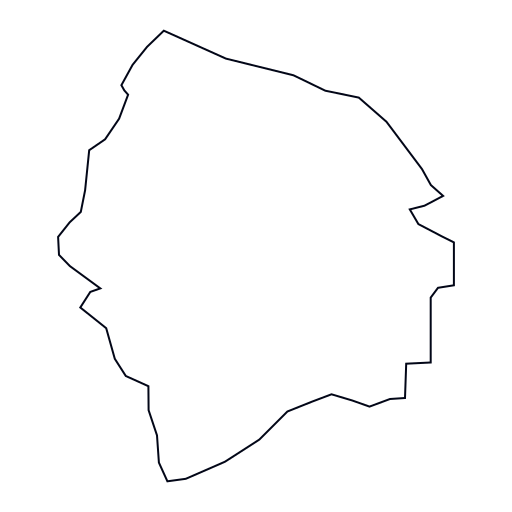 an SVG outline of Kyenjojo
{"feature_id": "UGA-3107", "entity_name": "Kyenjojo", "entity_type": "District", "adm_level": 1, "iso_a3": "UGA", "parent_name": "Uganda", "parent_adm1": "", "projection": "albers", "projection_center": [30.656, 0.613], "detail": "fine", "context": "isolated", "style": "outline", "palette": "ink", "viewbox_px": 512, "rotation_deg": 0, "n_neighbors": 0, "source": "natural_earth", "source_scale": "10m", "svg_char_len": 768}
<svg xmlns="http://www.w3.org/2000/svg" viewBox="0 0 512 512"><path d="M100.3,288.4L69.9,266.1L59.0,254.9L58.1,236.9L69.7,222.3L80.8,211.9L85.1,190.3L89.2,150.2L105.1,139.3L119.1,118.7L128.1,94.7L124.3,90.4L121.4,85.2L132.6,64.8L147.1,46.8L163.8,30.7L225.9,58.6L293.5,75.3L325.3,90.7L358.8,97.6L386.5,121.8L422.0,169.1L430.9,185.1L443.1,195.9L424.5,205.7L409.8,209.4L418.4,224.1L441.7,236.3L453.9,242.4L453.9,285.3L438.0,287.8L430.7,297.6L430.7,362.5L406.2,363.7L405.0,398.0L390.0,399.0L369.5,406.6L352.3,400.5L331.5,394.3L311.9,401.7L287.4,411.5L259.3,439.6L225.0,461.7L185.8,478.8L167.4,481.3L158.9,462.6L157.0,435.4L148.6,410.2L148.4,386.2L125.8,376.0L114.8,358.8L106.2,328.2L80.3,307.5L90.3,291.9L100.3,288.4Z" fill="none" stroke="#020617" stroke-width="2"/></svg>